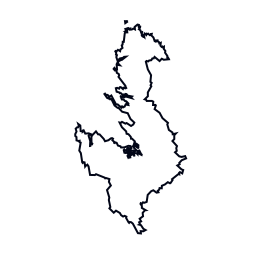 outline of Donegal Lea-6, Donegal, Ireland, rotated 82°
{"feature_id": "5873133B96049761393494", "entity_name": "Donegal Lea-6", "entity_type": "district", "adm_level": 2, "iso_a3": "IRL", "parent_name": "Ireland", "parent_adm1": "Donegal", "projection": "mercator", "projection_center": [-8.322, 54.625], "detail": "fine", "context": "isolated", "style": "outline", "palette": "ink", "viewbox_px": 256, "rotation_deg": 82, "n_neighbors": 0, "source": "geoboundaries", "source_scale": "gbopen_adm2", "svg_char_len": 5865}
<svg xmlns="http://www.w3.org/2000/svg" viewBox="0 0 256 256"><g transform="rotate(82 128 128)"><path d="M143.6,179.4L146.3,178.2L155.7,178.1L156.3,177.7L155.6,176.9L156.0,175.8L160.1,175.8L159.0,174.8L159.3,174.1L158.7,173.3L160.5,172.4L169.2,172.1L170.0,167.3L169.3,166.1L173.9,158.0L174.7,157.6L174.5,156.7L176.0,153.5L178.7,154.4L182.6,153.0L186.5,157.4L194.3,156.2L196.6,157.0L203.8,156.5L205.0,157.6L209.9,153.9L208.2,151.4L211.0,147.9L213.3,147.0L215.0,145.2L214.5,143.6L215.6,141.9L216.8,142.4L221.4,140.6L222.1,140.1L221.3,139.3L221.8,137.9L223.4,136.5L233.5,132.8L234.2,129.9L231.9,129.8L232.4,127.2L231.5,124.8L230.0,126.8L226.0,128.7L225.3,130.3L225.0,129.5L222.9,130.1L222.3,128.0L219.5,129.1L217.5,125.4L214.1,125.3L211.9,122.8L211.9,121.9L209.1,125.4L207.1,125.1L204.9,126.2L204.2,125.8L205.0,124.6L203.7,123.5L204.3,122.3L203.8,119.8L197.0,117.8L193.8,113.8L193.2,111.6L196.0,108.7L195.9,106.8L194.4,107.3L193.4,105.7L191.9,105.1L192.4,103.0L189.9,102.5L189.1,99.4L187.2,96.1L188.6,94.1L188.3,93.4L185.7,91.1L184.8,91.5L180.6,84.4L181.0,83.7L179.6,83.7L178.9,82.7L180.5,80.6L177.3,79.2L176.4,80.8L172.0,84.4L171.1,81.9L169.7,82.1L167.4,79.3L166.2,74.7L163.8,75.3L164.1,79.0L163.2,81.2L158.6,84.8L157.4,82.9L154.6,83.0L152.7,82.0L147.1,85.8L145.4,83.7L141.6,83.2L140.1,81.4L140.4,84.6L138.6,84.6L135.6,87.8L129.9,88.6L128.5,87.7L123.0,92.5L117.3,94.6L113.0,99.0L109.5,97.3L109.0,97.6L108.7,100.0L105.4,99.3L104.5,100.6L103.8,105.7L102.4,106.2L101.9,107.4L99.3,103.9L95.5,103.4L89.9,99.1L88.8,99.7L86.6,98.3L85.4,99.4L78.9,97.8L72.7,100.2L64.8,101.1L64.2,100.3L64.9,98.8L64.1,97.7L64.1,95.5L62.5,94.2L62.6,92.8L61.3,91.8L66.1,87.4L64.1,84.9L65.4,83.1L65.6,78.5L64.9,79.0L63.4,79.3L62.1,79.0L58.6,80.8L56.9,80.3L54.8,81.5L52.6,81.1L53.1,82.1L52.1,82.5L52.4,83.4L50.9,84.4L48.2,83.7L48.6,85.2L47.2,85.4L45.6,87.2L46.0,87.5L45.4,88.2L46.2,88.7L45.7,89.5L41.9,90.2L39.5,92.0L38.1,91.4L38.1,92.2L39.1,92.5L39.1,93.5L37.4,94.9L37.7,95.6L37.2,96.5L38.4,97.0L37.0,98.3L37.7,98.4L37.9,100.0L39.4,99.9L39.7,99.2L40.2,99.2L39.7,99.6L40.8,100.1L39.1,100.0L39.0,101.1L38.1,101.5L35.1,100.8L35.3,101.7L33.0,102.1L31.7,103.4L31.1,102.7L30.0,103.1L29.9,102.0L29.2,101.8L28.4,103.2L27.4,102.9L26.9,104.2L28.8,107.3L31.3,107.4L30.3,108.9L31.0,110.5L30.9,112.2L29.8,111.9L29.9,112.8L29.0,113.9L29.6,116.8L30.4,116.4L30.7,114.9L31.6,116.8L31.9,115.4L33.2,115.4L33.0,117.6L33.7,118.0L42.1,120.2L41.9,121.2L44.7,121.8L45.3,122.7L47.9,122.3L49.2,124.6L50.8,125.1L49.2,127.1L50.5,128.7L50.0,129.5L50.3,129.9L52.1,129.2L53.6,129.7L54.3,128.8L56.1,129.7L59.9,129.0L58.0,126.4L57.8,123.2L57.0,122.0L57.1,120.1L59.5,124.3L58.9,124.6L58.6,126.1L59.3,127.0L60.0,126.3L60.8,128.6L62.9,128.7L64.7,127.4L64.3,128.7L62.0,129.5L63.3,130.4L68.2,130.7L67.5,132.6L66.6,133.1L67.5,134.0L69.3,132.9L69.5,131.4L71.8,131.4L73.2,129.7L74.7,129.4L76.0,130.3L85.9,124.7L88.0,125.4L88.0,124.5L87.6,124.6L87.2,124.5L88.1,124.2L88.4,124.9L87.5,126.9L88.7,127.6L86.5,129.5L86.5,130.5L87.8,131.3L86.7,133.2L86.9,134.5L90.5,134.2L91.7,131.4L92.4,131.3L92.6,130.1L94.7,128.5L95.3,126.6L94.4,126.7L94.8,125.7L94.0,125.5L94.2,124.8L95.9,123.8L97.3,119.7L98.0,120.8L99.0,120.1L96.8,125.1L96.6,126.6L97.1,127.7L95.6,128.9L96.2,129.5L95.5,130.8L95.4,131.5L96.8,129.5L97.4,130.5L98.9,130.1L99.1,128.4L100.8,127.3L101.3,126.0L103.1,124.7L103.1,125.9L103.8,126.2L104.4,125.4L104.1,124.6L105.3,124.4L104.4,127.1L106.4,128.4L106.6,129.4L106.1,130.2L106.6,130.3L106.0,131.3L106.9,131.7L102.7,135.4L103.4,135.0L102.8,136.6L93.5,140.0L94.5,141.9L92.4,143.6L91.9,145.5L90.8,146.0L91.1,146.6L95.3,144.5L96.0,143.3L95.2,143.2L95.1,142.1L97.1,141.6L97.0,140.4L103.8,138.2L106.6,135.5L106.6,134.7L111.1,131.5L113.3,126.2L119.4,124.3L123.5,121.0L125.3,122.3L126.4,124.7L122.9,128.7L123.3,130.0L121.1,133.1L121.8,134.2L121.4,135.6L126.4,133.9L131.1,130.3L133.5,130.2L134.2,128.4L137.1,126.5L139.0,126.5L139.1,125.5L142.2,123.1L145.1,124.5L144.8,123.4L144.0,123.5L143.4,123.2L144.7,122.6L144.7,121.8L146.5,120.1L147.5,120.3L147.7,121.1L149.7,120.2L148.1,122.1L145.9,122.6L147.3,124.0L146.9,124.9L146.9,126.9L147.1,125.0L148.6,124.8L152.2,122.0L151.9,119.9L153.7,119.3L153.1,120.7L155.9,119.2L156.3,118.2L156.6,118.3L154.0,122.0L155.3,122.2L154.3,122.9L153.9,124.6L152.7,125.0L150.3,126.3L154.0,125.0L153.1,126.0L157.1,125.5L153.9,126.6L153.3,127.5L154.9,127.3L155.0,127.7L152.5,128.5L153.0,129.6L155.1,128.4L155.5,129.8L157.4,129.8L157.5,130.8L156.0,131.4L156.2,131.7L156.9,131.6L157.2,131.9L154.8,132.6L155.9,132.0L155.7,131.0L154.4,130.6L153.4,132.0L153.7,130.3L152.6,130.0L151.8,131.5L153.2,132.0L152.1,132.7L152.4,133.8L152.0,135.0L149.3,135.3L148.8,134.7L150.4,133.2L148.1,131.5L149.5,130.1L149.4,129.4L148.3,130.4L147.9,130.3L148.0,129.9L148.6,129.6L147.7,129.0L149.3,129.3L149.3,128.6L148.4,128.4L148.5,127.6L146.2,128.2L145.7,130.1L146.7,134.4L146.3,137.6L145.1,138.0L144.0,140.4L141.1,141.3L140.3,142.9L141.0,143.3L140.7,143.8L139.9,143.5L137.9,145.2L136.5,144.3L135.8,145.2L135.9,146.4L137.4,149.1L137.9,152.6L135.5,153.5L130.4,157.0L130.1,158.5L126.9,160.2L131.0,165.4L137.6,166.2L138.5,165.5L139.0,165.8L138.5,166.5L138.7,167.3L139.4,167.2L140.5,167.7L140.5,168.1L135.7,167.2L130.2,168.1L129.0,166.9L130.2,165.2L129.2,165.2L127.8,167.7L127.6,171.1L124.3,172.2L124.9,173.0L124.2,172.8L124.2,173.0L125.2,173.5L124.5,175.3L118.9,174.9L117.1,176.7L118.8,176.4L120.4,177.4L120.3,178.4L121.4,179.9L124.4,179.5L126.7,181.1L128.6,181.3L129.8,180.3L133.1,180.7L134.0,178.8L133.9,177.7L135.3,177.9L135.9,176.9L143.6,179.4ZM22.8,114.1L22.0,114.4L22.2,116.0L21.9,115.5L21.8,116.1L23.8,116.1L22.8,114.1ZM151.7,128.6L150.9,127.7L149.9,128.7L150.2,129.0L151.7,128.6ZM150.5,124.0L151.3,123.9L152.3,123.1L150.5,124.0ZM151.7,130.3L151.0,130.0L150.5,130.3L150.7,130.9L151.7,130.3ZM64.3,78.4L64.7,79.0L65.0,78.4L65.0,78.1L64.3,78.4ZM45.3,86.5L44.4,86.4L45.4,86.7L45.3,86.5Z" fill="none" stroke="#020617" stroke-width="2"/></g></svg>